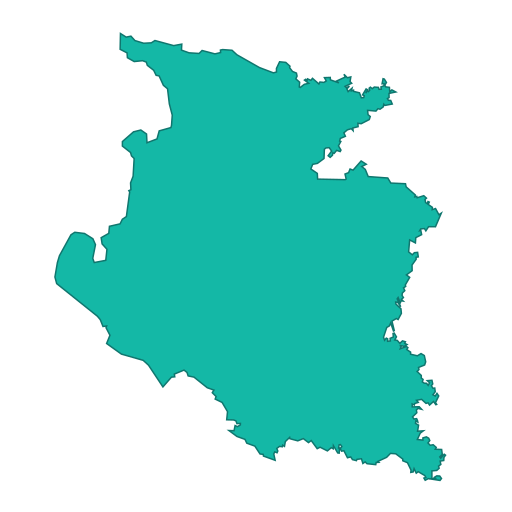 outline of Nablus, West Bank, Palestine, rotated 183°
{"feature_id": "87354302B42764778113026", "entity_name": "Nablus", "entity_type": "district", "adm_level": 2, "iso_a3": "PSE", "parent_name": "Palestine", "parent_adm1": "West Bank", "projection": "natural_earth1", "projection_center": [35.262, 32.179], "detail": "fine", "context": "isolated", "style": "filled", "palette": "teal", "viewbox_px": 512, "rotation_deg": 183, "n_neighbors": 0, "source": "geoboundaries", "source_scale": "gbopen_adm2", "svg_char_len": 5911}
<svg xmlns="http://www.w3.org/2000/svg" viewBox="0 0 512 512"><g transform="rotate(183 256 256)"><path d="M441.9,267.5L452.3,246.0L454.0,239.0L455.7,224.5L453.6,218.0L411.3,187.6L408.2,184.3L405.1,177.6L401.5,178.3L402.0,176.5L397.7,169.2L400.6,160.8L385.3,151.0L363.2,145.9L357.6,141.3L342.1,120.4L334.1,130.6L330.8,131.1L331.4,133.8L321.9,138.3L318.8,136.1L317.5,132.7L311.6,131.8L297.8,121.9L291.0,119.9L292.5,117.2L288.5,113.6L289.3,111.0L282.2,108.0L276.3,99.1L276.7,90.9L269.8,91.1L267.4,90.3L266.3,87.6L262.8,88.0L262.8,86.5L265.6,84.6L268.0,85.6L268.8,80.4L273.9,80.3L265.6,74.8L257.4,72.3L255.4,68.6L247.2,66.1L241.6,58.5L238.4,58.3L238.1,56.6L226.2,53.0L227.9,59.3L227.0,61.4L224.7,60.6L224.0,62.4L225.2,64.9L222.6,67.1L219.7,66.9L219.5,68.5L217.6,67.4L217.0,72.2L212.9,76.6L212.6,75.3L204.6,73.6L199.2,76.1L193.8,72.4L191.2,74.6L184.8,66.8L182.0,68.4L174.5,65.1L170.8,68.5L168.8,67.5L168.8,70.7L164.1,63.6L162.6,63.5L162.6,68.7L163.5,68.6L163.1,71.8L161.8,72.1L160.3,70.2L161.8,68.0L160.4,65.6L158.0,66.1L154.1,59.3L150.9,60.3L149.0,57.7L145.0,56.9L144.6,58.2L140.1,59.0L138.4,54.4L136.2,56.1L134.3,54.4L125.5,53.9L125.2,56.1L122.5,56.4L123.5,57.3L115.0,61.8L111.4,65.9L106.1,65.8L98.8,60.9L98.7,59.2L93.9,57.5L90.0,50.3L90.1,48.0L87.7,48.6L87.0,51.9L84.6,47.5L82.7,49.1L76.0,45.6L74.8,43.8L76.7,43.0L75.3,40.9L72.3,42.7L60.5,41.5L59.1,43.5L61.0,45.9L64.0,45.9L66.3,44.3L65.2,43.3L69.6,42.7L68.7,43.6L69.1,50.6L64.3,51.3L62.0,53.6L62.7,55.7L60.5,57.5L61.4,60.8L57.8,61.6L57.8,64.7L56.3,67.0L57.7,67.9L61.0,63.7L62.0,65.0L59.6,67.7L60.5,72.5L66.9,72.4L66.0,74.3L69.2,76.8L72.1,76.1L74.5,78.3L72.8,80.8L74.0,83.1L76.4,84.3L79.8,83.1L79.7,80.9L85.3,81.2L82.7,87.7L79.7,90.2L85.5,89.5L84.8,95.6L88.0,97.2L87.8,99.6L85.7,98.6L86.2,100.3L87.1,102.0L89.7,101.5L91.3,103.5L87.2,107.9L87.8,110.6L86.3,112.3L82.6,111.6L85.1,114.0L92.1,113.5L92.3,116.4L90.1,115.5L89.8,117.0L86.3,118.3L88.2,120.3L83.1,121.5L78.5,117.7L76.5,118.4L74.9,116.2L71.1,120.0L68.6,116.9L67.8,117.3L69.1,118.9L66.2,125.8L68.1,128.3L69.7,125.5L72.1,126.7L69.9,129.8L70.6,133.5L72.3,133.1L74.1,135.6L72.8,137.5L73.8,141.1L78.4,140.5L76.0,138.5L77.3,135.8L79.0,137.8L81.3,137.8L83.3,138.9L82.7,141.5L84.5,142.7L84.7,145.4L89.1,149.1L87.3,151.1L87.9,153.2L81.9,156.0L81.0,159.2L82.7,165.4L86.1,167.2L89.6,164.8L96.5,166.0L96.6,168.1L100.6,170.5L99.5,172.4L101.0,173.5L107.1,170.9L106.3,173.2L107.7,174.3L103.4,173.5L100.5,175.5L103.0,176.6L102.3,178.2L105.3,178.9L107.8,176.3L110.5,179.1L113.1,179.4L111.5,182.6L114.0,186.3L115.1,185.8L114.6,182.3L117.8,180.8L117.4,178.2L120.1,177.7L120.2,180.2L121.6,180.8L123.2,178.6L124.4,181.6L121.7,191.5L119.1,193.2L118.0,196.2L114.8,188.3L114.0,188.7L116.8,198.1L112.6,200.9L110.8,200.0L107.8,206.3L108.5,210.9L113.8,215.4L114.1,217.3L112.1,217.2L108.8,212.9L112.8,220.6L111.9,222.0L109.5,216.8L108.6,218.9L106.7,218.7L108.5,220.3L106.6,222.2L108.1,224.3L107.9,226.7L105.6,229.2L107.0,231.9L104.9,233.5L105.4,234.9L101.4,242.7L104.8,245.0L99.3,249.5L99.7,255.2L95.9,261.1L96.1,263.1L93.9,263.6L94.8,268.1L98.0,267.6L100.0,265.4L103.8,268.1L103.4,280.1L97.5,277.4L97.4,282.7L91.7,286.0L92.8,290.3L93.8,289.9L92.9,291.7L89.2,292.2L87.7,290.0L85.2,294.3L78.3,294.6L73.2,308.5L75.5,306.8L79.2,312.8L82.5,311.5L82.4,313.8L86.7,316.5L85.8,318.9L87.1,319.4L87.8,317.3L89.4,318.2L90.2,321.3L88.8,322.7L91.6,325.0L98.1,322.6L98.6,324.0L100.5,323.4L100.1,325.3L109.7,332.9L110.5,336.0L125.2,335.9L128.5,340.8L148.1,341.2L151.4,348.2L155.1,350.9L150.7,353.4L156.0,356.4L163.6,346.8L166.6,347.8L167.9,344.1L171.4,342.5L170.0,337.6L170.9,336.9L198.5,336.0L199.1,341.7L205.8,345.8L204.2,350.5L199.5,351.7L193.2,356.9L193.3,366.3L191.7,367.6L188.5,368.0L186.0,364.7L189.2,359.9L187.1,358.4L184.9,360.6L184.6,363.1L183.3,362.6L181.0,365.7L177.4,364.7L176.7,366.2L179.4,370.3L177.3,374.8L178.5,375.1L178.0,377.8L173.0,380.2L174.7,383.6L171.3,386.8L167.5,388.1L165.6,386.3L166.0,388.9L160.8,390.5L161.2,393.9L157.9,393.6L150.0,398.2L149.2,401.3L151.5,403.0L152.2,407.3L143.8,407.0L141.9,409.5L139.8,409.1L136.8,411.5L136.3,414.3L135.2,413.1L127.9,414.9L129.6,418.4L131.9,418.4L133.0,420.1L131.4,421.2L131.7,425.3L125.0,427.1L129.0,429.0L131.0,426.9L131.6,431.4L135.4,431.7L136.3,433.4L134.8,436.1L137.1,439.4L138.4,439.7L139.1,434.6L137.2,434.9L137.1,432.7L140.1,431.4L139.6,429.1L141.9,428.9L142.6,430.8L146.7,430.9L148.7,429.2L150.6,430.6L151.8,429.5L151.1,427.5L152.3,426.1L153.2,427.0L155.0,424.3L153.2,427.8L154.8,428.6L158.0,422.5L156.3,421.7L156.7,419.8L159.1,419.5L161.2,424.4L167.2,425.5L167.3,426.7L169.4,425.9L168.9,428.6L172.6,425.0L174.0,427.6L171.6,430.5L174.6,428.8L176.0,430.1L169.5,433.5L171.2,435.1L170.7,439.8L174.1,438.8L177.7,442.1L176.2,439.4L185.0,434.8L182.3,433.2L190.9,435.8L191.2,438.2L197.0,437.7L195.0,434.5L197.2,432.9L201.3,433.1L202.2,431.1L208.9,436.4L210.4,434.3L213.8,435.6L214.2,434.0L215.6,435.1L216.8,434.2L212.4,431.2L216.7,430.0L220.7,426.6L221.6,427.0L221.5,431.8L225.5,435.0L224.4,437.8L225.2,440.8L229.2,442.2L232.3,445.8L232.0,447.3L236.4,450.9L242.6,451.2L245.4,444.4L245.2,440.8L248.2,439.8L262.5,444.4L285.5,455.9L290.7,460.2L300.1,460.4L302.3,459.8L302.0,457.3L307.6,455.7L320.6,458.4L323.4,455.3L333.5,455.4L341.2,457.7L341.2,463.7L349.2,461.8L368.2,465.9L371.7,463.4L379.3,462.6L388.2,464.8L392.4,469.0L397.1,467.8L403.0,471.1L402.5,455.3L395.4,452.1L394.8,447.3L387.8,443.8L379.5,445.1L375.7,443.9L374.5,440.7L367.9,436.1L365.2,431.2L362.2,430.8L357.4,421.6L353.1,418.4L350.5,403.3L347.0,392.3L347.2,382.1L347.7,379.8L359.2,375.9L361.0,367.7L370.8,363.4L371.7,372.1L377.6,375.8L384.8,373.6L395.4,363.3L395.2,358.8L386.7,352.8L385.6,349.5L382.8,347.0L382.9,329.2L385.1,322.4L384.4,315.6L386.4,314.6L385.5,313.3L387.5,288.6L391.4,285.7L393.4,281.0L403.9,278.0L404.2,270.9L411.6,266.2L410.3,260.0L405.2,254.9L405.8,243.8L417.2,241.0L418.9,245.1L416.9,258.9L419.8,264.7L428.4,269.5L438.2,270.2L441.9,267.5Z" fill="#14b8a6" stroke="#0f766e" stroke-width="1.5"/></g></svg>